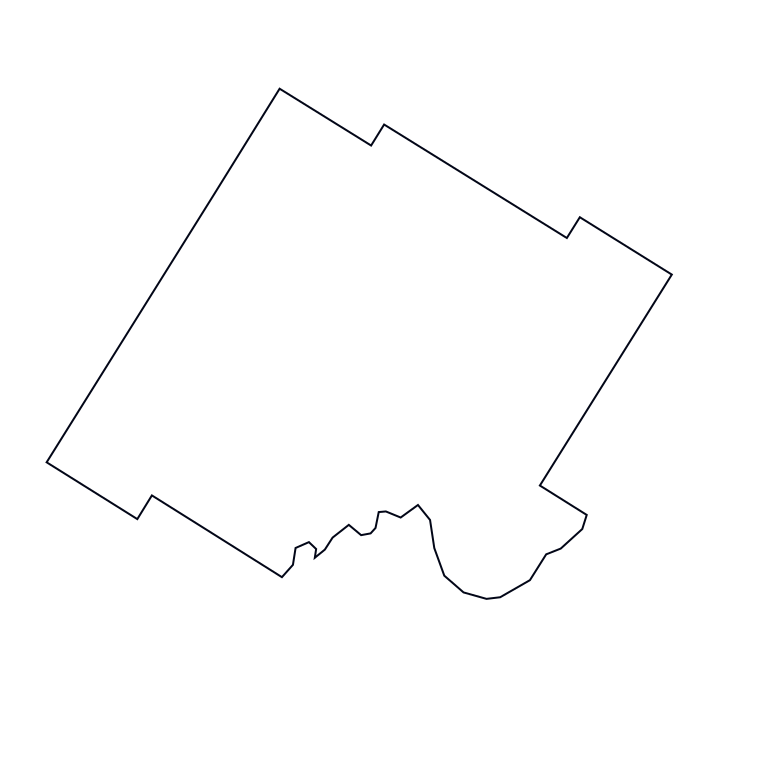 Mountrail, North Dakota, United States of America, rotated 302°
{"feature_id": "52423323B97339274287027", "entity_name": "Mountrail", "entity_type": "district", "adm_level": 2, "iso_a3": "USA", "parent_name": "United States of America", "parent_adm1": "North Dakota", "projection": "natural_earth1", "projection_center": [-102.535, 48.15], "detail": "fine", "context": "isolated", "style": "outline", "palette": "ink", "viewbox_px": 768, "rotation_deg": 302, "n_neighbors": 0, "source": "geoboundaries", "source_scale": "gbopen_adm2", "svg_char_len": 658}
<svg xmlns="http://www.w3.org/2000/svg" viewBox="0 0 768 768"><g transform="rotate(302 384 384)"><path d="M138.8,139.4L138.7,246.4L166.5,246.2L166.4,300.9L166.1,399.8L182.4,402.6L198.1,395.9L210.1,404.1L208.1,413.9L200.0,417.4L212.2,421.6L226.5,421.8L245.9,428.8L243.7,444.7L250.2,451.8L257.4,453.1L272.6,447.4L276.9,453.1L279.6,468.9L299.4,476.9L293.1,495.1L271.5,513.6L253.4,536.7L249.4,561.9L256.1,584.8L264.7,595.5L295.0,611.7L325.5,611.8L338.1,621.1L366.1,629.0L380.4,625.3L380.5,570.0L629.3,570.1L629.2,461.7L604.7,461.7L604.1,246.6L579.4,246.7L579.1,139.0L453.4,139.4L390.9,139.4L138.8,139.4Z" fill="none" stroke="#020617" stroke-width="2"/></g></svg>